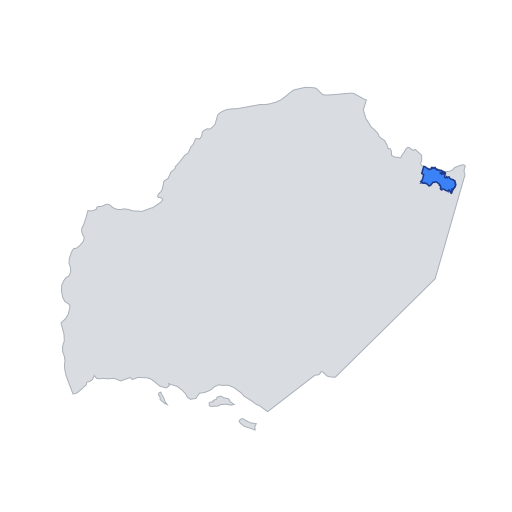 location of Karagwe, Kagera, United Republic of Tanzania, rotated 106°
{"feature_id": "72390352B65686612592635", "entity_name": "Karagwe", "entity_type": "district", "adm_level": 2, "iso_a3": "TZA", "parent_name": "United Republic of Tanzania", "parent_adm1": "Kagera", "projection": "orthographic", "projection_center": [31.075, -1.721], "detail": "fine", "context": "in_parent", "style": "filled", "palette": "blue", "viewbox_px": 512, "rotation_deg": 106, "n_neighbors": 0, "source": "geoboundaries", "source_scale": "gbopen_adm2", "svg_char_len": 8462}
<svg xmlns="http://www.w3.org/2000/svg" viewBox="0 0 512 512"><g transform="rotate(106 256 256)"><path d="M192.3,358.2L186.9,355.3L182.0,353.6L178.0,351.7L176.2,349.8L172.5,349.1L169.2,348.8L166.2,347.1L160.0,346.4L159.3,345.3L159.2,342.7L158.2,342.0L155.9,341.4L153.5,341.4L152.0,341.8L151.1,341.6L149.1,340.1L147.3,338.2L146.6,335.1L143.7,333.1L140.5,331.6L131.4,331.7L130.0,331.2L127.8,329.7L125.3,327.1L123.2,324.2L121.4,320.2L119.6,314.8L109.1,293.4L108.1,289.3L106.0,284.8L102.7,279.3L99.1,275.2L94.3,271.5L88.9,267.8L85.9,265.3L80.3,255.2L79.1,250.4L78.2,245.5L78.6,243.5L82.1,237.2L82.4,235.4L82.0,233.0L80.3,228.0L78.0,221.9L73.6,210.7L72.9,207.9L73.0,205.8L75.6,194.5L75.5,192.9L86.0,193.1L93.7,188.1L100.3,180.7L101.7,177.6L104.4,172.8L107.1,170.5L108.1,168.8L109.6,164.1L113.1,160.8L116.5,158.4L115.8,156.6L116.3,156.0L118.2,154.7L121.8,153.5L122.5,151.1L122.5,148.3L121.9,146.7L122.0,144.9L121.5,143.9L119.1,143.6L115.6,142.2L112.6,141.6L110.6,140.8L109.9,140.2L109.6,138.5L111.2,134.1L109.6,132.4L113.2,125.2L113.9,124.3L115.2,124.2L117.3,123.4L119.3,123.0L120.9,123.3L122.1,123.0L123.1,122.2L124.0,119.8L124.7,115.7L124.3,112.4L122.8,109.8L122.4,105.9L123.0,100.6L122.5,96.2L120.9,92.8L119.1,90.7L116.5,89.7L112.4,84.4L111.1,81.8L111.3,80.2L112.7,79.5L115.4,79.7L117.9,79.1L120.2,77.6L122.4,77.2L123.6,77.5L228.5,77.5L350.5,146.3L351.0,147.1L351.9,153.0L351.7,155.0L349.8,158.4L349.2,160.1L349.2,161.4L349.7,161.9L351.3,162.0L352.6,162.8L353.1,163.5L354.1,166.0L355.4,167.3L401.3,201.1L402.3,201.6L401.6,204.4L398.9,211.2L398.7,214.0L397.7,217.4L396.7,219.6L393.9,229.1L391.6,232.7L388.5,241.1L387.9,247.5L389.5,252.0L390.1,256.3L393.6,260.4L396.4,261.9L398.3,263.8L401.6,268.1L403.4,272.5L409.5,274.6L411.8,279.5L410.9,282.8L408.0,285.6L405.3,290.0L403.1,295.9L402.8,304.9L404.3,303.5L407.5,305.7L407.7,312.4L404.3,320.0L403.2,323.6L403.0,326.7L405.2,335.9L408.7,340.6L408.4,342.1L407.4,343.3L413.4,351.6L412.7,358.8L414.9,364.5L415.8,369.3L417.3,373.0L417.5,375.6L415.5,378.5L420.0,379.2L422.6,381.5L423.8,383.8L427.0,383.7L428.8,385.2L431.3,386.5L436.8,390.2L438.2,392.1L439.1,393.9L423.3,405.6L417.7,408.6L413.6,410.0L409.3,410.8L405.2,412.6L401.3,415.5L396.4,417.0L390.4,416.9L384.1,419.0L374.1,425.0L368.4,421.6L363.9,420.5L358.7,420.6L355.6,421.0L354.4,421.7L353.4,423.8L352.5,427.2L349.0,430.4L342.9,433.5L337.4,434.7L332.4,433.9L329.0,432.6L327.3,430.7L324.7,429.9L321.2,430.0L317.9,431.3L314.6,433.7L309.5,434.8L302.6,434.4L298.9,433.2L298.4,431.2L295.4,428.8L289.9,426.1L285.7,426.0L283.1,428.6L280.6,430.3L278.4,430.9L276.5,431.0L273.7,430.3L266.0,430.0L258.7,430.1L258.0,426.3L256.5,424.0L255.2,422.6L252.7,422.3L252.0,421.2L251.2,418.9L250.0,416.9L248.3,415.2L247.4,413.6L247.0,412.2L247.3,410.7L248.9,406.8L249.4,404.1L249.3,401.4L248.5,398.6L246.8,395.3L247.0,394.3L246.4,392.1L246.4,390.5L246.7,388.5L246.4,385.9L245.0,380.3L245.0,378.9L243.4,376.2L238.6,369.8L238.4,369.0L230.8,362.5L227.7,361.1L226.6,362.3L226.2,363.4L226.5,365.5L226.3,366.5L226.0,367.0L224.2,366.9L223.0,366.7L220.1,365.0L217.9,364.5L212.3,364.8L210.3,365.2L208.8,364.8L205.8,361.9L202.3,361.3L199.2,361.1L194.1,357.8L192.3,358.2ZM410.7,251.1L413.1,258.2L412.7,259.6L410.9,260.4L410.0,260.4L408.9,259.3L408.2,256.9L406.8,257.5L404.6,254.6L402.3,254.4L400.3,251.0L401.2,248.0L400.8,243.0L403.3,240.4L404.7,236.0L406.3,239.0L406.6,243.6L408.6,249.1L410.7,251.1ZM423.4,208.8L423.6,210.5L423.1,212.1L423.1,217.1L422.9,220.5L420.9,225.1L419.4,226.8L418.0,226.3L416.9,225.5L416.0,224.2L417.9,215.7L417.1,209.5L420.6,210.1L423.4,208.8ZM416.6,311.3L414.9,311.7L414.2,311.3L413.1,309.9L415.0,308.7L416.9,306.4L421.2,303.1L423.3,300.4L422.9,303.0L420.4,308.7L418.3,309.1L416.6,311.3Z" fill="#d9dde1" stroke="#a8b0b8" stroke-width="1"/><path d="M139.0,118.1L139.1,117.7L139.2,117.3L139.1,117.1L139.3,116.8L139.5,116.8L139.6,117.0L140.0,117.2L139.8,116.8L139.8,116.4L139.6,116.4L139.7,116.1L139.9,116.0L140.0,115.7L139.9,115.6L139.8,115.4L140.0,115.3L139.9,115.1L139.7,115.0L139.6,114.8L139.6,114.0L139.6,113.9L139.4,113.9L139.4,113.6L139.2,113.5L139.2,113.3L139.1,113.2L139.5,112.4L139.7,111.4L139.6,111.0L139.9,110.8L140.3,110.1L140.4,109.9L140.7,109.4L140.9,109.2L140.9,108.8L140.6,108.4L140.1,107.8L139.6,107.5L137.1,106.5L136.9,106.5L136.6,106.4L136.3,106.2L136.1,105.9L136.2,105.3L136.1,104.8L135.2,104.0L135.2,103.1L135.1,102.8L135.4,102.3L135.5,101.6L135.9,100.8L136.1,100.3L136.1,100.2L136.4,99.9L136.6,99.5L137.0,99.3L137.1,99.2L137.4,99.2L137.5,99.0L137.3,98.6L137.3,98.4L137.5,98.4L137.8,98.3L137.9,98.0L138.0,97.8L138.1,97.7L138.3,97.6L138.6,97.5L139.2,97.4L139.3,97.3L139.8,97.5L140.0,97.5L140.7,97.1L140.8,97.0L141.2,96.4L141.1,95.9L141.2,95.6L140.6,95.6L140.2,95.5L139.9,93.9L140.6,92.1L140.7,91.9L140.7,91.4L140.7,90.0L140.6,89.6L140.6,89.4L140.8,89.2L140.6,89.2L140.1,89.1L139.7,88.8L139.4,88.8L139.2,88.7L139.3,88.4L139.5,88.3L139.6,88.1L139.8,88.0L140.2,87.6L140.4,87.5L140.5,87.3L141.1,86.7L141.4,86.4L141.5,86.2L141.9,85.8L141.9,85.5L141.9,85.4L141.5,85.3L141.5,85.5L141.4,85.6L141.0,85.8L140.9,85.9L141.0,86.1L141.0,86.3L140.9,86.4L140.7,85.8L140.5,85.7L140.4,85.5L140.2,85.6L139.8,85.6L139.5,85.7L139.0,85.6L138.9,85.7L139.2,86.1L138.8,86.1L138.5,86.1L138.7,85.7L138.3,85.9L138.2,85.9L138.1,85.6L137.8,85.2L137.7,85.2L137.5,85.4L137.5,85.2L137.6,84.8L137.4,84.9L137.2,85.0L136.9,84.9L136.7,84.8L136.6,84.5L136.5,84.4L136.3,84.6L136.1,84.3L135.8,84.3L135.6,84.0L135.2,83.9L135.1,83.7L134.8,83.7L134.8,83.8L134.5,83.9L134.4,83.9L134.2,84.0L133.9,83.8L133.2,83.8L133.2,83.6L132.6,83.6L132.4,83.6L132.0,83.7L131.7,84.0L131.3,84.2L131.6,84.4L131.2,84.6L130.9,84.5L130.5,84.8L130.0,85.1L129.8,85.1L129.7,85.4L129.6,85.5L129.3,85.7L128.8,85.7L128.8,85.8L128.9,86.4L128.9,86.6L128.7,87.1L128.3,87.4L128.3,87.9L128.4,88.3L128.3,88.7L128.3,89.1L128.3,89.5L128.1,90.8L128.0,91.0L127.5,91.7L127.2,91.8L126.9,91.9L126.9,92.2L126.8,92.5L127.3,93.4L127.6,93.4L128.0,93.5L127.8,93.8L127.6,93.9L127.5,94.2L127.3,94.6L127.5,94.6L127.6,94.8L127.9,94.9L128.2,95.0L128.4,95.2L128.6,95.3L128.7,95.5L128.5,96.1L128.4,96.2L128.2,96.3L127.7,96.6L127.2,96.6L126.7,96.6L125.9,96.7L125.6,96.9L125.2,96.8L125.1,96.7L124.5,96.8L124.2,97.0L123.9,96.9L123.8,97.1L123.4,97.9L123.5,98.0L123.6,98.4L123.8,98.6L123.7,98.7L123.9,98.8L124.0,98.8L123.9,98.7L124.1,98.8L124.2,98.6L124.3,98.6L124.7,98.3L124.5,98.1L124.5,97.8L124.8,97.7L125.0,97.6L125.0,97.4L125.1,97.5L125.1,97.4L125.2,97.8L125.1,98.2L125.3,98.2L125.4,98.4L125.4,98.6L125.3,98.9L125.2,99.0L125.4,99.2L125.5,99.2L125.6,99.4L125.7,99.6L125.9,99.7L126.2,99.7L126.3,100.0L126.2,100.1L126.1,99.9L125.9,99.8L125.6,99.9L125.4,99.8L125.3,100.0L125.2,100.1L125.4,100.3L125.6,100.2L125.8,100.2L125.7,100.4L125.6,100.8L125.4,100.9L125.5,101.0L125.4,101.1L125.3,101.3L125.5,101.4L125.4,101.4L125.5,101.4L125.6,101.7L125.5,101.8L125.4,101.8L125.4,101.7L125.3,101.3L125.3,101.2L125.2,101.3L125.2,101.2L125.1,100.9L125.0,100.4L124.7,100.3L124.9,100.2L124.9,99.8L124.7,99.2L124.6,98.9L124.4,98.8L124.3,99.2L124.2,99.1L123.8,99.1L123.6,99.0L123.6,98.9L123.6,98.7L123.5,99.0L123.4,99.0L123.4,99.3L123.4,99.6L123.2,99.5L123.1,99.8L123.0,100.0L122.9,100.2L123.0,100.6L122.9,101.0L123.0,101.3L123.0,101.5L122.9,101.6L122.7,101.5L122.5,101.8L122.8,102.1L123.1,102.6L123.1,102.8L123.0,103.2L122.9,103.3L122.9,103.5L123.0,103.7L123.0,104.0L123.0,104.3L123.1,104.6L123.1,104.8L123.2,105.0L122.8,105.3L122.9,105.5L123.1,105.4L123.0,105.5L123.3,105.7L123.4,106.0L123.2,106.1L123.1,106.3L122.9,106.5L122.7,106.6L122.7,106.8L122.7,107.1L122.4,107.3L122.2,107.8L121.9,107.9L121.8,108.2L121.4,108.4L121.4,108.7L121.3,108.8L121.5,108.7L121.6,108.8L121.6,108.7L122.1,108.5L122.3,108.6L122.5,108.7L122.5,108.8L122.5,109.0L122.6,109.4L122.7,109.5L122.8,109.7L122.6,110.0L122.3,110.3L122.3,110.6L122.4,110.9L122.3,111.0L122.4,111.4L122.4,111.6L122.6,111.7L122.8,111.5L122.8,111.4L123.1,111.2L123.3,111.1L123.5,111.1L123.7,111.5L123.9,111.5L124.0,111.8L124.3,112.0L124.5,112.1L124.5,112.5L124.8,112.6L125.1,113.1L125.3,113.5L125.1,114.0L124.9,114.0L124.9,114.4L124.5,115.0L124.6,115.4L124.4,115.6L124.3,116.2L124.2,116.4L124.2,116.7L124.0,116.9L123.9,117.3L123.7,117.6L123.7,117.8L123.7,118.1L123.6,118.3L123.5,118.7L123.7,119.2L123.7,119.5L124.4,119.5L124.9,119.4L125.6,119.4L126.1,119.5L127.5,119.4L128.0,119.5L129.1,119.4L130.9,119.5L131.3,118.5L131.3,117.9L131.6,117.7L131.8,117.5L131.8,117.2L132.0,117.2L134.1,117.2L135.2,117.0L135.6,117.1L136.3,117.2L136.9,117.1L137.3,117.2L139.0,118.1Z" fill="#3b82f6" stroke="#1e3a8a" stroke-width="1.5"/></g></svg>